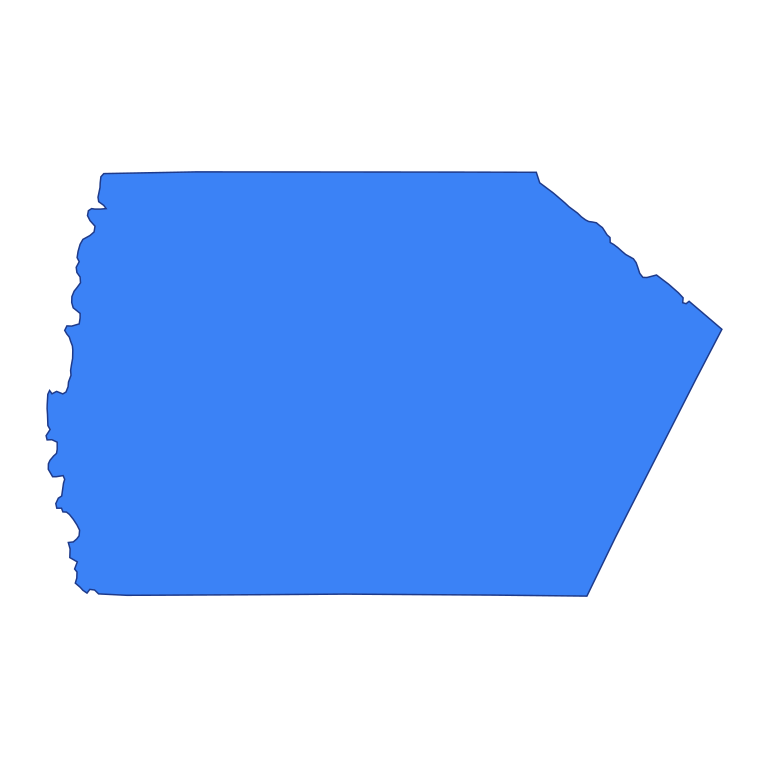 Cacaulândia, Rondônia, Brazil
{"feature_id": "56859067B49219352113173", "entity_name": "Cacaulândia", "entity_type": "district", "adm_level": 2, "iso_a3": "BRA", "parent_name": "Brazil", "parent_adm1": "Rondônia", "projection": "robinson", "projection_center": [-63.097, -10.33], "detail": "fine", "context": "isolated", "style": "filled", "palette": "blue", "viewbox_px": 768, "rotation_deg": 0, "n_neighbors": 0, "source": "geoboundaries", "source_scale": "gbopen_adm2", "svg_char_len": 1873}
<svg xmlns="http://www.w3.org/2000/svg" viewBox="0 0 768 768"><path d="M103.8,173.6L100.9,176.8L100.2,182.9L100.0,187.6L98.0,197.2L98.7,201.7L103.8,205.4L106.1,208.6L100.3,209.1L94.9,209.1L91.6,208.6L88.4,210.7L87.5,215.6L90.0,220.6L95.0,226.2L94.1,231.9L90.0,235.5L82.9,239.4L80.1,244.3L78.1,251.3L77.1,257.6L79.2,261.7L76.2,267.3L76.9,272.5L80.1,277.0L80.5,282.8L77.3,287.2L74.1,291.2L71.9,296.6L71.7,302.5L73.2,307.8L80.1,313.4L80.1,318.0L79.2,323.9L71.7,326.1L66.9,325.9L64.7,330.4L66.8,334.0L69.3,337.1L70.6,341.2L72.4,345.9L72.8,350.1L72.6,358.5L71.4,365.2L70.6,370.4L71.0,375.3L68.5,382.0L68.1,386.7L66.0,392.0L62.8,393.9L56.6,391.4L52.0,393.8L49.6,390.5L47.8,394.3L47.2,404.7L47.1,408.6L47.5,414.4L47.9,425.6L50.1,429.5L46.1,435.7L47.1,439.9L51.9,439.7L57.2,442.2L57.2,449.3L56.5,453.4L53.6,456.0L50.0,460.3L48.4,463.8L48.3,469.3L52.6,476.7L56.3,476.7L63.1,475.6L64.7,479.3L63.5,483.2L61.7,496.0L58.3,498.2L55.8,503.6L56.8,508.2L61.5,508.2L62.9,511.9L66.5,512.1L69.4,514.4L73.3,519.3L77.0,525.0L79.6,530.2L79.1,535.8L76.8,538.9L73.3,541.9L68.3,542.5L70.1,549.0L69.8,557.6L77.3,561.9L74.6,569.0L77.0,572.0L76.8,578.1L75.3,583.1L80.1,587.2L83.0,590.4L87.0,593.1L89.8,589.4L94.6,590.0L98.6,593.9L126.8,595.3L155.8,595.2L258.4,594.7L344.7,594.1L463.8,594.9L494.2,595.1L586.9,596.1L615.4,537.4L628.3,511.9L695.9,379.2L721.9,329.3L689.1,301.3L686.1,303.7L682.7,302.7L683.1,297.8L678.4,292.8L668.5,284.1L663.7,280.5L656.5,275.0L647.0,277.5L642.9,277.4L639.7,273.3L637.6,266.8L636.1,262.6L633.4,258.8L625.7,254.5L622.0,251.4L618.0,247.8L613.7,244.5L610.2,242.5L610.0,237.5L607.0,234.8L604.7,231.1L602.4,227.6L599.6,225.5L596.4,222.8L592.4,222.0L588.7,221.5L585.5,219.9L581.3,216.8L577.5,213.1L569.0,206.8L565.1,203.1L553.3,193.0L547.7,188.8L539.7,182.8L536.3,172.3L458.6,172.1L344.9,172.0L195.9,171.9L103.8,173.6Z" fill="#3b82f6" stroke="#1e3a8a" stroke-width="1.5"/></svg>